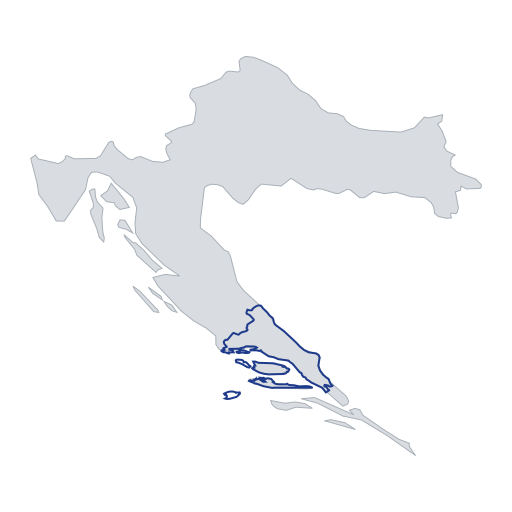 location of Splitsko-Dalmatinska within Croatia
{"feature_id": "HRV-1492", "entity_name": "Splitsko-Dalmatinska", "entity_type": "County", "adm_level": 1, "iso_a3": "HRV", "parent_name": "Croatia", "parent_adm1": "", "projection": "natural_earth1", "projection_center": [16.561, 43.491], "detail": "fine", "context": "in_parent", "style": "outline", "palette": "blue", "viewbox_px": 512, "rotation_deg": 0, "n_neighbors": 0, "source": "natural_earth", "source_scale": "10m", "svg_char_len": 8159}
<svg xmlns="http://www.w3.org/2000/svg" viewBox="0 0 512 512"><path d="M35.4,155.0L38.2,158.9L58.3,163.6L62.7,161.5L65.4,158.3L65.4,156.3L67.1,155.7L74.2,158.8L96.0,158.4L100.4,156.0L108.7,142.5L111.3,141.3L113.1,141.9L114.3,145.9L117.4,149.7L128.3,158.7L132.5,159.8L136.5,157.3L140.7,156.6L152.6,161.4L162.7,162.3L170.2,159.8L166.5,152.6L165.9,148.9L166.5,145.7L171.6,142.5L171.3,141.1L165.2,135.5L165.5,134.0L179.1,127.7L192.1,124.2L194.2,121.5L196.1,109.7L195.4,103.4L190.1,97.5L189.8,94.6L191.0,91.5L193.1,88.7L204.4,85.5L220.9,78.5L226.0,72.2L229.0,71.1L238.2,72.0L240.2,70.4L239.0,61.3L240.6,58.9L245.4,56.4L253.5,57.3L260.2,59.7L277.9,67.8L287.3,75.3L292.5,83.5L299.6,90.0L308.5,94.5L315.6,100.7L320.8,108.5L328.2,112.9L337.5,113.8L343.5,116.5L346.0,120.9L351.1,124.9L358.8,128.4L370.8,130.4L401.0,132.1L414.3,127.9L424.4,117.1L428.6,117.9L442.6,114.7L441.8,121.1L437.6,124.0L441.9,130.7L446.1,141.5L443.9,146.8L446.7,151.0L455.2,155.1L452.8,156.4L450.9,159.9L450.7,166.4L457.5,172.4L475.8,179.1L481.2,184.5L481.3,186.8L480.3,188.4L466.4,188.9L461.0,186.1L460.5,190.4L455.4,191.8L458.4,207.7L457.3,212.3L455.5,213.8L451.5,213.0L450.5,214.5L451.4,217.9L446.4,218.3L438.3,216.5L434.6,213.4L433.8,207.4L431.2,202.6L424.8,197.6L411.4,196.8L395.8,192.1L384.5,193.6L373.7,191.4L364.3,197.7L359.6,197.6L350.2,189.8L347.4,189.3L339.2,193.3L335.8,193.5L322.1,189.2L317.1,188.6L313.4,190.0L306.9,188.5L291.0,178.3L281.2,186.0L261.3,184.1L255.4,189.4L248.6,199.5L243.1,204.3L238.3,202.6L232.7,198.1L222.8,186.7L217.8,184.7L212.1,184.2L207.1,185.5L204.4,187.8L200.5,219.1L200.3,227.9L211.3,236.1L224.3,250.1L228.4,251.8L230.5,256.4L236.9,281.6L243.5,290.4L265.9,311.0L275.4,324.1L304.1,349.7L316.7,354.2L318.7,356.6L318.9,366.6L320.3,370.3L328.8,380.7L346.0,396.0L348.0,399.5L348.6,402.1L347.5,404.1L343.0,406.2L323.2,388.9L307.6,379.5L290.1,361.8L266.7,354.8L250.7,347.1L230.4,350.7L223.8,350.8L219.2,349.4L215.9,344.6L215.8,336.0L206.5,328.3L193.8,320.9L181.7,311.4L157.7,285.7L152.9,277.5L165.3,274.4L179.7,276.0L164.3,265.2L142.2,243.8L135.7,233.7L135.0,222.8L136.7,207.9L132.8,197.3L115.8,183.5L109.6,176.2L97.1,171.9L91.5,172.3L88.0,177.7L85.5,189.7L64.4,221.1L56.3,221.0L47.4,206.0L38.9,194.7L37.0,182.7L30.7,158.4L35.4,155.0ZM409.2,443.2L409.4,446.8L415.6,455.6L387.8,436.0L361.6,420.0L343.0,416.1L317.7,403.2L301.2,398.7L314.7,397.6L353.8,414.8L349.4,410.2L355.0,408.4L359.8,409.7L362.9,415.3L384.9,430.4L398.9,439.3L409.2,443.2ZM104.3,238.2L103.7,242.0L99.1,237.2L96.8,228.7L91.1,214.9L90.3,211.0L93.4,207.1L93.3,203.2L89.2,191.1L92.7,189.1L94.8,188.9L95.6,197.3L97.4,202.1L103.0,208.1L101.8,217.9L102.8,231.9L104.3,238.2ZM129.3,207.4L119.8,209.5L115.4,205.8L114.2,202.7L106.5,201.7L100.8,195.6L107.5,190.9L111.2,183.3L123.9,198.8L129.3,207.4ZM281.0,373.7L268.8,374.0L258.2,372.2L253.0,369.2L255.0,362.3L266.8,362.8L284.8,365.9L289.2,369.4L287.8,371.0L281.0,373.7ZM312.7,387.9L307.2,388.9L272.8,388.1L262.8,386.1L249.4,379.3L260.6,377.8L271.0,379.3L274.2,383.1L312.7,387.9ZM158.0,269.8L156.0,272.4L136.9,255.2L134.7,249.5L125.3,237.8L123.9,234.6L132.5,242.3L135.8,243.0L144.1,250.5L152.2,260.1L162.0,268.4L158.0,269.8ZM270.6,400.5L284.9,403.2L295.4,402.0L304.9,403.6L312.3,408.3L295.9,407.2L286.1,410.4L277.4,408.7L274.1,406.6L271.8,404.1L270.6,400.5ZM157.8,310.1L158.8,312.5L153.7,311.6L135.0,290.3L133.0,286.2L139.7,291.1L157.8,310.1ZM124.9,220.3L132.7,232.9L125.5,229.0L119.0,227.5L117.7,224.6L120.0,219.9L124.9,220.3ZM344.8,422.7L355.4,429.5L324.4,420.7L331.2,419.7L344.8,422.7ZM171.9,305.1L176.9,312.3L172.1,310.8L167.1,306.3L164.1,301.5L171.9,305.1ZM161.1,296.4L162.3,299.9L152.7,293.4L148.4,287.2L161.1,296.4Z" fill="#d9dde1" stroke="#a8b0b8" stroke-width="1"/><path d="M261.0,305.7L263.2,308.6L267.0,312.2L269.5,315.4L272.7,318.1L273.3,319.5L273.6,321.1L274.2,323.2L275.3,324.8L283.9,331.1L296.2,342.6L299.9,346.6L302.4,348.6L304.1,350.0L308.6,352.3L316.1,353.4L318.5,354.9L319.7,357.4L318.3,365.6L320.0,370.5L323.0,374.7L326.2,377.4L327.8,378.4L328.6,379.0L329.1,380.1L329.8,382.1L330.7,384.0L331.8,385.3L332.5,385.7L332.4,385.9L332.0,386.1L331.5,386.4L330.1,386.5L329.5,386.5L329.1,386.3L328.8,386.1L328.5,385.7L328.3,385.6L327.9,385.4L326.3,385.2L325.0,384.8L324.7,384.9L324.5,385.1L324.4,386.0L324.4,386.3L324.6,386.5L325.0,386.6L325.9,386.7L326.3,386.9L326.7,387.2L327.0,387.7L327.4,388.6L327.6,388.9L328.0,389.3L328.8,389.8L329.0,390.0L329.1,390.3L328.6,390.7L328.1,391.0L325.9,392.4L322.1,387.7L311.0,382.4L308.3,380.4L307.0,379.7L306.4,379.3L305.9,378.0L305.4,377.5L304.6,377.2L303.8,377.0L303.3,376.8L302.8,376.2L302.0,375.0L301.8,374.6L301.6,373.4L301.4,373.0L301.1,372.8L300.1,372.6L299.8,372.4L292.5,363.7L290.3,362.3L289.5,361.6L289.0,361.0L288.3,360.5L278.4,359.2L273.9,357.3L268.6,356.3L261.6,351.6L261.5,351.3L261.4,350.9L261.2,350.5L260.8,350.3L260.4,350.4L259.7,350.8L259.3,350.9L256.3,350.3L250.5,350.3L250.5,349.6L252.1,349.6L253.8,349.2L255.5,348.5L256.9,347.6L255.6,346.8L253.8,346.5L246.3,346.3L245.4,346.6L244.0,347.4L243.4,347.6L242.0,347.8L238.8,348.7L229.4,348.9L229.4,349.6L231.9,350.2L233.0,350.9L233.6,352.3L228.8,352.3L229.0,353.4L227.9,353.3L225.4,352.3L223.3,352.2L222.5,351.8L221.4,350.9L221.7,350.4L222.6,350.3L224.2,350.2L224.6,350.0L224.6,349.8L224.4,349.6L224.0,349.5L223.6,349.2L223.3,348.9L223.3,348.3L223.6,348.0L224.3,347.8L225.0,347.6L226.3,347.1L226.7,346.8L226.7,346.6L226.4,346.5L226.1,346.3L225.7,345.5L224.6,344.3L224.2,343.7L224.0,342.9L223.8,341.8L224.0,341.3L224.4,340.9L225.3,340.0L225.7,339.8L226.1,339.7L226.5,339.9L226.9,339.9L227.4,339.8L232.7,333.5L233.4,333.0L233.7,333.0L238.0,334.6L238.7,334.6L239.3,334.1L239.9,333.4L240.5,333.0L241.1,332.6L242.7,332.0L244.9,331.5L246.7,330.8L247.4,330.2L247.5,329.6L247.2,329.2L246.8,328.8L246.6,328.4L246.5,327.9L247.3,326.4L247.4,326.2L247.3,325.9L247.2,325.4L247.4,324.6L247.9,324.2L253.2,320.8L253.7,320.2L253.7,319.5L253.3,319.0L250.2,315.6L249.5,315.1L248.9,314.7L246.8,313.8L246.6,313.2L246.4,312.7L247.4,309.7L249.9,310.4L251.2,310.3L252.0,310.1L252.3,309.7L252.5,309.3L252.6,308.8L254.0,307.6L256.6,306.0L257.7,305.6L258.5,305.4L261.0,305.7ZM259.0,372.4L252.9,369.1L251.6,367.6L252.2,368.0L252.7,368.4L253.2,368.4L253.3,367.8L253.5,367.7L253.8,367.7L254.3,367.6L253.8,366.9L253.9,366.3L254.4,365.8L255.3,365.6L254.3,363.9L253.2,361.6L254.8,361.6L255.3,361.6L258.4,362.8L273.4,363.3L282.9,365.6L282.9,366.3L281.8,366.3L282.6,366.7L283.4,366.9L284.0,366.8L284.5,366.3L285.2,366.8L286.6,368.4L287.5,368.6L288.1,368.6L288.7,368.7L289.3,369.6L288.3,371.4L287.7,372.0L287.1,371.7L285.7,373.4L283.1,374.0L268.8,374.4L263.9,373.8L259.0,372.4ZM273.9,387.7L272.1,387.9L263.5,386.2L257.0,383.9L254.7,383.5L253.3,382.6L252.4,382.4L249.0,381.0L249.3,380.6L249.7,380.4L250.5,380.4L251.5,380.9L252.4,380.8L254.3,379.7L254.7,380.4L255.0,380.0L255.8,379.0L255.8,379.7L258.6,378.8L261.0,380.2L263.2,381.8L265.4,381.7L263.2,379.7L261.2,378.5L260.5,377.8L261.6,377.9L263.8,377.8L265.4,379.0L265.7,379.0L266.4,378.5L266.9,378.3L267.9,378.3L270.2,378.7L271.3,379.0L271.8,379.6L272.3,380.3L272.9,381.1L273.9,381.7L273.9,382.2L273.8,382.3L273.6,382.3L273.3,382.4L274.8,383.5L276.5,384.1L278.4,384.3L285.9,384.3L287.1,383.7L288.2,384.6L289.6,385.0L294.4,385.3L299.1,386.4L306.1,386.1L309.6,386.4L312.6,387.7L293.2,387.7L273.9,387.7ZM238.9,393.1L239.2,392.7L239.5,392.4L239.8,392.5L239.9,393.5L239.7,394.1L239.2,394.5L238.3,395.1L237.4,396.2L236.5,396.9L229.6,398.8L226.9,399.0L225.1,398.5L226.7,397.6L226.9,396.1L226.3,394.9L225.5,395.1L225.1,395.1L224.0,393.8L224.3,393.5L224.6,393.3L225.0,393.2L225.6,393.1L227.4,392.1L230.3,391.5L233.4,391.6L235.7,392.4L235.3,392.9L235.1,393.1L236.9,392.4L237.9,392.5L238.9,393.1ZM250.5,366.3L249.3,367.6L247.2,367.1L242.0,364.1L238.2,362.6L236.3,362.3L236.2,361.9L236.3,361.7L236.5,361.7L236.0,361.1L235.8,360.4L236.2,359.8L237.3,359.6L241.7,359.9L243.3,360.7L243.7,362.3L245.8,362.1L247.2,363.2L248.6,364.9L250.5,366.3ZM244.3,350.5L246.1,351.2L249.3,352.3L248.9,352.8L246.0,353.1L242.1,352.5L240.9,352.6L240.3,352.9L239.3,353.1L238.1,352.9L237.1,352.6L236.6,352.3L236.6,351.7L237.2,351.5L237.5,351.6L238.0,351.7L239.1,351.8L239.8,351.3L239.4,350.5L240.7,350.0L244.3,350.5Z" fill="none" stroke="#1e3a8a" stroke-width="2"/></svg>